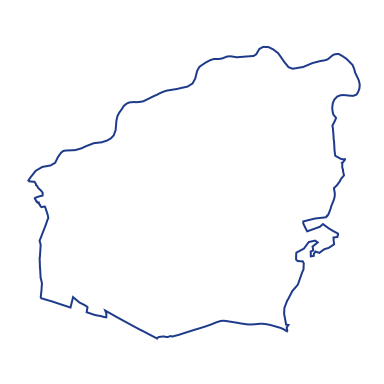 Pelču pag., Kuldigas, Latvia (Albers equal-area conic projection), rotated 272°
{"feature_id": "27541924B78611617538916", "entity_name": "Pelču pag.", "entity_type": "district", "adm_level": 2, "iso_a3": "LVA", "parent_name": "Latvia", "parent_adm1": "Kuldigas", "projection": "albers", "projection_center": [21.992, 56.908], "detail": "fine", "context": "isolated", "style": "outline", "palette": "blue", "viewbox_px": 384, "rotation_deg": 272, "n_neighbors": 0, "source": "geoboundaries", "source_scale": "gbopen_adm2", "svg_char_len": 5051}
<svg xmlns="http://www.w3.org/2000/svg" viewBox="0 0 384 384"><g transform="rotate(272 192 192)"><path d="M59.6,283.8L59.6,284.2L59.0,286.0L58.6,286.9L58.2,288.0L57.7,288.9L56.8,290.5L56.1,291.8L56.7,292.1L59.7,291.3L62.5,293.0L62.7,290.7L70.9,288.9L73.4,288.3L79.4,288.4L87.0,291.0L88.2,291.8L89.3,292.3L93.5,294.3L96.1,295.5L96.5,295.7L101.8,300.0L102.9,300.9L105.2,301.7L114.3,304.5L114.5,304.6L114.8,304.7L116.1,305.1L118.4,306.1L124.5,306.2L126.5,305.2L126.7,299.9L128.1,298.4L130.4,298.3L130.6,298.3L134.4,298.3L135.0,298.5L135.6,299.4L138.1,303.7L139.3,305.8L145.9,310.3L146.1,310.5L146.2,310.9L147.7,316.8L146.0,319.4L141.7,314.4L138.0,315.2L137.8,315.2L137.7,314.9L136.6,312.7L131.8,313.0L132.4,315.9L134.5,316.0L136.8,317.5L135.6,321.4L138.5,324.9L139.5,326.4L140.9,330.5L144.6,335.8L149.0,335.2L151.5,335.0L152.1,338.8L154.8,339.5L155.5,339.3L155.5,338.9L155.9,338.6L156.1,338.2L158.2,333.9L160.3,330.2L164.5,324.0L161.5,320.8L161.5,320.7L161.3,319.9L160.3,317.5L156.7,308.5L160.2,306.5L160.6,306.3L164.4,304.3L166.5,304.3L169.8,315.9L171.3,326.1L171.4,326.7L172.9,327.7L172.7,328.0L174.6,329.2L177.5,330.2L180.2,331.1L182.1,331.5L184.4,332.3L186.6,333.1L188.7,333.9L191.7,334.6L193.2,334.8L194.4,334.8L196.0,334.7L198.8,334.1L199.8,333.9L200.8,333.7L200.9,333.8L202.2,335.1L203.8,336.6L207.8,339.3L210.2,340.4L213.9,343.3L218.6,342.1L219.3,342.2L221.7,341.3L225.9,341.2L226.3,340.8L227.2,342.0L227.5,342.2L227.8,342.4L229.6,343.7L230.1,343.7L230.0,343.2L230.0,341.8L230.0,340.8L230.3,339.8L230.9,338.4L232.0,336.3L233.2,333.9L237.3,333.2L238.6,333.0L248.4,332.1L249.6,331.7L252.6,331.5L258.8,330.8L260.4,330.6L261.5,330.4L263.1,330.0L268.1,332.3L269.1,332.7L271.1,333.4L274.4,330.5L276.9,329.8L281.0,329.2L285.6,329.6L289.3,331.0L292.5,333.8L293.9,337.2L294.2,340.3L293.8,346.2L293.7,349.6L295.0,352.9L297.4,354.4L301.2,355.7L305.2,355.9L309.3,354.8L313.4,352.8L316.9,350.9L320.6,349.8L324.6,348.0L325.7,346.8L328.5,343.9L330.6,341.5L332.8,338.1L335.1,333.7L334.7,330.4L334.1,328.6L332.7,326.8L329.8,323.6L329.0,322.3L328.2,319.9L327.3,315.4L325.1,308.0L322.8,303.0L320.8,298.7L318.7,288.3L320.1,284.1L325.2,279.7L333.6,273.4L337.3,268.3L339.5,263.4L339.5,258.0L337.3,254.3L331.9,251.4L330.1,248.8L328.6,235.3L328.2,232.4L329.0,225.6L328.6,222.3L326.5,217.5L325.9,214.5L325.7,209.3L324.5,205.8L321.7,200.9L317.4,195.1L313.5,193.0L305.6,191.3L300.5,188.8L297.2,183.9L295.6,177.6L294.5,173.7L292.4,163.0L291.1,159.6L289.3,155.8L288.2,154.1L287.1,151.8L286.5,150.5L285.8,149.2L283.7,145.3L282.5,143.1L281.0,140.2L280.6,139.0L280.5,137.8L280.2,136.6L279.8,133.1L279.9,130.9L279.4,126.6L278.2,123.8L275.7,120.9L271.5,118.4L268.9,116.6L267.6,116.0L267.4,115.9L265.4,114.9L261.0,114.0L251.2,113.5L245.9,111.8L242.9,109.2L240.6,105.6L238.9,101.0L238.5,100.0L237.4,92.3L234.1,84.5L231.8,80.0L229.8,73.9L229.0,64.0L228.4,61.7L226.5,59.6L222.4,56.9L216.4,54.2L213.6,49.7L211.8,41.4L207.7,35.0L201.1,30.2L197.8,28.1L197.1,29.3L196.9,29.3L196.9,29.6L196.9,30.0L196.7,34.3L194.4,35.8L193.4,35.9L193.0,36.6L192.5,37.1L191.4,37.7L190.1,38.6L190.0,39.0L189.2,39.8L189.0,40.1L188.4,40.8L187.8,41.3L186.9,42.1L186.3,42.6L186.0,42.8L185.9,42.8L183.2,42.8L182.9,41.8L182.3,39.6L182.1,38.9L182.0,38.7L181.7,37.9L181.4,37.0L181.0,36.4L180.6,35.6L180.3,35.1L179.4,35.5L177.8,36.6L177.5,36.6L177.4,36.8L177.4,37.0L176.9,37.3L176.7,37.2L176.5,37.4L176.4,38.0L176.2,37.8L175.8,38.2L176.0,39.2L175.8,39.2L175.6,39.1L175.0,39.7L174.6,39.7L174.2,39.9L173.8,40.5L173.1,40.7L173.0,40.9L172.2,41.3L172.0,41.7L171.6,42.2L172.4,45.3L170.8,46.2L164.6,48.4L163.3,48.8L160.8,49.3L158.5,48.3L156.6,47.8L156.3,47.7L154.4,47.1L153.1,46.7L148.5,45.1L145.1,43.9L138.3,41.5L138.0,41.5L137.8,41.4L134.0,42.6L133.4,42.6L130.5,42.5L126.4,42.4L121.3,42.2L121.0,42.0L114.3,42.5L112.2,42.6L111.2,42.7L111.1,42.8L110.3,42.8L108.7,43.0L106.5,43.2L105.1,43.3L103.5,43.5L102.0,43.6L100.9,43.7L99.4,44.2L99.0,44.3L98.3,44.5L97.2,44.8L95.0,45.3L94.4,45.2L88.8,45.0L88.7,45.0L84.4,44.7L81.5,44.5L81.2,44.6L80.7,44.6L80.9,44.7L80.6,44.9L78.8,51.7L78.1,54.7L74.9,65.6L72.3,74.6L82.8,76.8L77.6,83.4L75.4,88.3L73.8,91.0L73.3,91.6L68.2,90.9L65.9,98.4L65.4,101.0L64.7,105.9L64.0,108.2L63.8,110.7L67.4,110.7L70.5,109.4L64.0,121.9L58.1,133.7L51.9,146.2L52.0,146.3L49.5,151.5L44.5,161.9L44.8,161.9L46.0,164.2L46.7,168.9L46.3,170.3L46.2,172.5L47.3,175.9L46.9,177.1L47.0,177.8L47.3,178.9L47.7,180.1L48.0,181.1L48.3,182.1L48.4,182.5L49.0,184.4L49.9,186.8L51.0,189.9L54.3,199.1L54.5,199.7L55.6,203.0L55.7,203.3L56.4,205.3L56.6,205.8L57.4,208.2L58.4,210.9L59.9,214.8L60.1,215.3L62.4,220.4L62.8,221.3L62.9,221.7L63.2,222.6L63.7,224.0L63.9,224.6L64.1,225.2L64.2,225.8L64.2,226.0L64.3,226.7L64.4,227.3L64.4,227.9L64.4,228.7L64.3,230.2L63.8,234.3L63.6,235.9L63.3,238.3L63.2,239.3L62.9,241.6L62.2,246.3L62.1,247.9L61.9,249.4L61.7,251.0L61.6,252.7L61.6,254.2L61.7,255.9L61.8,257.5L62.0,258.8L62.0,259.2L62.3,261.6L62.5,263.2L62.6,263.7L62.7,264.8L62.8,266.2L62.8,267.0L62.7,267.8L62.6,269.4L62.5,270.9L62.2,272.5L62.0,274.0L61.5,276.3L61.0,278.4L59.6,283.8Z" fill="none" stroke="#1e3a8a" stroke-width="2"/></g></svg>